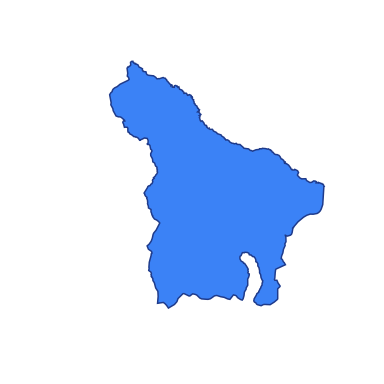 outline of Bukombe, Geita, United Republic of Tanzania, rotated 137°
{"feature_id": "72390352B18842274411831", "entity_name": "Bukombe", "entity_type": "district", "adm_level": 2, "iso_a3": "TZA", "parent_name": "United Republic of Tanzania", "parent_adm1": "Geita", "projection": "albers", "projection_center": [31.534, -3.788], "detail": "fine", "context": "isolated", "style": "filled", "palette": "blue", "viewbox_px": 384, "rotation_deg": 137, "n_neighbors": 0, "source": "geoboundaries", "source_scale": "gbopen_adm2", "svg_char_len": 6027}
<svg xmlns="http://www.w3.org/2000/svg" viewBox="0 0 384 384"><g transform="rotate(137 192 192)"><path d="M229.0,78.7L227.5,79.0L224.7,80.7L221.9,83.1L218.7,84.0L217.8,84.9L214.8,85.8L210.6,90.4L208.6,91.1L206.7,92.3L206.0,93.0L206.4,93.8L206.1,95.0L205.2,95.3L204.3,97.0L203.8,97.0L203.4,97.6L202.7,100.7L202.2,104.0L202.8,104.6L202.5,106.2L203.2,107.8L202.6,110.3L201.7,111.4L200.7,112.2L199.5,112.0L196.5,113.3L195.3,112.0L195.1,112.2L194.3,111.7L192.8,110.1L192.2,108.4L192.9,107.1L192.3,106.1L191.8,105.9L191.7,103.5L190.8,102.4L191.0,100.2L191.9,98.4L192.6,97.9L192.8,97.0L192.4,96.6L192.7,94.8L194.3,93.0L194.6,91.1L196.2,88.4L197.7,86.8L198.2,84.7L199.9,82.3L200.8,79.6L200.7,79.0L202.3,77.6L202.8,77.6L204.2,76.2L206.0,75.7L207.6,74.8L208.3,74.8L210.0,74.0L211.0,73.8L211.6,73.2L214.0,73.4L215.0,72.8L219.4,71.5L221.1,70.2L221.4,69.1L221.3,68.4L220.9,67.8L221.2,65.9L221.0,65.0L219.0,61.7L216.6,61.0L215.6,60.3L211.7,56.3L206.9,55.4L202.7,55.2L202.0,55.6L195.7,62.4L195.2,62.8L192.5,62.8L191.7,63.1L191.1,66.9L190.1,69.5L191.6,71.0L191.3,71.9L190.2,72.5L186.1,76.3L183.8,78.2L183.0,78.3L173.3,75.1L172.7,77.5L172.8,78.7L172.1,80.6L172.0,81.7L172.3,82.4L170.1,84.1L167.1,85.5L164.2,87.7L160.4,89.3L159.4,90.8L157.2,91.5L154.1,95.0L153.3,96.7L153.0,96.5L152.9,95.4L152.3,94.7L149.5,93.3L148.1,93.2L146.5,94.0L143.2,96.5L141.4,97.0L141.6,97.1L134.8,97.9L127.6,97.5L123.9,96.7L120.6,95.2L118.5,93.1L115.2,91.0L113.4,90.6L111.2,90.7L109.1,91.4L105.0,93.6L92.1,105.8L91.5,105.9L91.6,106.4L91.1,107.1L90.9,108.4L91.4,108.7L91.2,109.6L92.1,110.6L92.1,111.1L92.6,111.9L93.2,112.2L93.0,112.7L93.8,112.9L95.0,114.1L94.0,114.5L94.3,115.7L95.4,117.1L97.9,117.5L99.3,118.5L100.3,121.9L100.3,122.7L99.7,124.1L102.8,126.8L103.5,128.7L103.5,132.1L103.2,132.6L100.8,133.6L100.3,135.6L101.4,138.5L102.3,138.4L103.7,139.9L103.4,140.4L103.8,140.8L103.8,141.7L103.4,142.3L103.0,146.0L103.5,147.4L103.4,148.1L104.7,149.8L104.6,150.2L103.4,150.2L103.3,150.5L103.9,151.2L103.4,152.6L103.7,154.7L104.2,155.4L103.5,157.8L103.4,159.4L104.3,161.4L105.1,162.1L105.8,163.5L105.7,165.9L106.1,166.3L105.7,167.8L106.2,168.8L105.8,169.2L106.5,170.4L106.7,171.4L107.4,171.7L108.7,173.7L110.8,176.0L111.5,176.0L113.1,177.6L113.9,177.4L116.3,179.2L119.9,180.6L120.2,181.7L121.0,182.6L121.2,184.9L124.2,188.6L124.1,189.4L124.5,194.0L126.5,196.0L126.4,197.3L128.3,198.5L128.6,199.4L129.6,200.6L130.3,203.1L130.0,204.3L130.3,205.3L130.7,206.2L131.8,206.9L131.5,207.9L131.8,208.3L131.5,208.8L131.7,209.8L131.4,210.1L132.1,212.5L131.8,213.9L133.7,217.4L133.5,218.8L134.7,221.9L134.3,223.9L136.1,225.5L136.3,226.7L136.0,227.0L136.7,227.2L136.8,227.6L136.9,229.5L136.3,229.9L136.5,230.3L136.1,230.9L136.7,231.6L136.9,232.8L136.2,234.4L136.0,237.0L137.1,237.5L136.8,237.8L137.2,238.6L135.7,241.5L135.0,241.5L134.3,242.2L134.5,242.9L133.2,242.5L132.6,242.7L132.9,243.5L132.6,244.1L132.7,246.0L133.3,246.8L132.1,246.8L131.5,246.3L130.9,246.9L130.5,247.0L130.8,247.9L130.3,248.8L130.8,249.4L129.8,251.6L130.3,253.4L129.7,254.4L130.0,255.2L128.9,256.7L128.8,257.5L127.9,258.4L128.3,258.9L128.1,259.9L127.9,260.6L127.4,260.6L126.9,261.4L127.0,262.0L127.6,262.2L126.8,263.2L127.4,264.9L128.2,265.0L128.3,265.4L129.3,265.8L128.8,267.6L128.9,268.3L130.6,269.6L129.9,270.4L130.2,272.1L129.7,272.6L130.2,274.2L131.0,275.6L129.9,277.9L130.9,278.1L130.7,278.9L130.9,279.3L130.6,279.7L131.1,280.2L131.2,281.0L132.2,281.6L133.0,281.5L133.6,280.7L134.9,282.1L133.7,283.8L133.9,284.3L134.9,284.2L134.3,285.1L134.6,286.3L134.4,287.0L134.6,288.1L134.3,289.1L134.5,290.7L134.0,291.4L134.2,292.1L133.9,293.3L134.6,294.1L135.0,295.4L138.8,297.2L139.2,297.8L140.2,298.4L140.5,298.9L140.3,300.5L140.9,303.2L144.2,307.0L144.8,308.4L144.7,309.5L143.7,311.3L145.5,313.5L145.0,314.4L145.1,315.2L144.2,315.9L144.8,317.9L145.5,319.4L144.8,322.1L146.0,324.0L145.6,324.0L145.5,324.3L146.6,325.9L146.3,326.5L146.6,327.1L146.1,327.9L147.0,328.7L148.5,328.8L150.3,326.6L151.9,326.5L152.4,326.8L153.3,326.6L153.7,327.2L155.1,326.8L158.0,322.7L160.3,320.9L160.3,319.1L161.1,317.3L162.4,317.2L171.1,319.9L174.9,320.1L177.5,320.9L179.6,321.0L180.9,320.6L181.9,319.9L184.0,319.9L185.9,319.3L190.2,312.5L191.9,311.1L193.0,307.0L194.2,305.2L195.7,299.4L194.6,297.2L193.4,296.0L192.9,295.0L192.4,290.4L192.8,289.8L193.5,290.7L194.5,290.5L195.3,289.9L195.6,288.6L197.3,285.4L196.6,285.0L195.2,283.3L195.4,282.4L197.3,280.4L197.9,279.4L197.3,278.3L197.8,277.4L197.7,276.3L197.2,275.4L196.7,272.0L195.9,271.4L195.8,270.6L195.1,270.0L194.6,267.9L195.0,265.5L194.5,265.1L194.1,265.4L193.2,264.9L189.9,263.9L188.2,261.7L189.0,259.5L190.8,257.8L192.0,257.7L192.1,257.1L191.1,256.2L191.0,254.8L193.0,251.6L192.9,250.3L193.3,249.3L196.1,248.2L197.4,246.7L198.3,243.2L200.1,240.8L199.6,238.6L200.8,236.2L200.9,235.4L200.6,234.7L201.1,233.4L202.0,232.8L202.1,231.9L203.3,231.1L203.7,230.0L205.4,229.2L206.7,229.2L207.9,228.7L210.4,228.7L210.4,227.8L212.2,227.9L213.1,227.4L213.6,226.3L215.5,225.4L216.6,225.7L218.5,225.3L219.2,225.9L220.6,226.1L221.5,225.6L227.8,223.9L227.9,222.6L228.4,222.3L228.8,220.5L228.6,218.8L229.4,218.3L230.0,216.6L231.7,214.4L232.5,213.8L233.6,211.4L234.7,210.0L233.9,207.2L235.6,205.4L235.9,204.3L237.0,202.4L236.9,201.5L237.5,201.0L237.6,200.3L237.9,197.8L237.0,195.8L236.6,193.2L236.7,191.3L244.2,188.6L247.9,188.1L249.2,187.6L252.7,185.2L255.3,183.9L258.9,183.1L261.6,183.2L262.9,179.9L262.1,176.2L262.9,174.6L264.2,174.5L264.5,173.9L271.1,169.8L274.9,166.3L275.2,165.6L277.2,164.1L276.7,161.7L276.9,160.9L277.5,159.8L278.4,159.5L279.0,157.9L279.4,158.0L279.5,157.7L279.6,155.6L281.0,153.8L281.4,151.4L284.0,146.6L284.7,142.6L288.0,138.7L293.1,134.1L288.3,130.8L287.9,128.8L287.9,126.4L288.4,123.2L281.5,121.7L277.8,122.1L274.9,123.6L268.0,123.8L267.1,123.1L265.1,118.0L264.4,117.4L261.0,117.1L259.5,115.0L258.8,113.4L258.6,109.1L257.9,107.3L254.7,103.8L253.4,102.5L251.4,101.4L246.3,100.7L244.4,99.4L242.4,95.8L240.3,93.0L238.9,89.6L237.5,87.6L231.9,88.5L230.7,86.7L230.4,85.7L230.7,83.8L230.5,82.8L229.9,80.4L229.0,78.7Z" fill="#3b82f6" stroke="#1e3a8a" stroke-width="1.5"/></g></svg>